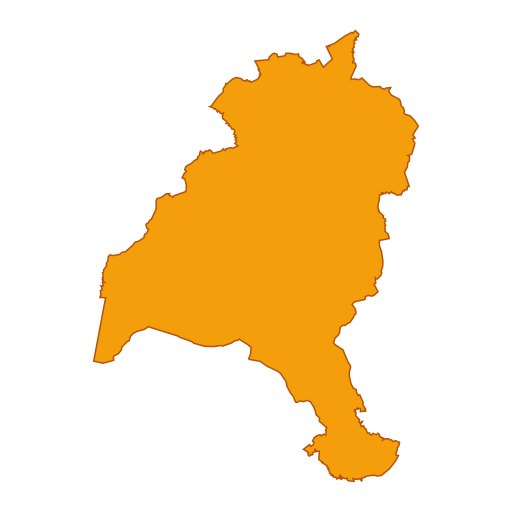 Atlapexco, Hidalgo, Mexico
{"feature_id": "50627088B28473489349448", "entity_name": "Atlapexco", "entity_type": "district", "adm_level": 2, "iso_a3": "MEX", "parent_name": "Mexico", "parent_adm1": "Hidalgo", "projection": "albers", "projection_center": [-98.36, 21.021], "detail": "fine", "context": "isolated", "style": "filled", "palette": "amber", "viewbox_px": 512, "rotation_deg": 0, "n_neighbors": 0, "source": "geoboundaries", "source_scale": "gbopen_adm2", "svg_char_len": 6029}
<svg xmlns="http://www.w3.org/2000/svg" viewBox="0 0 512 512"><path d="M385.8,88.1L384.4,89.4L380.9,87.7L380.3,86.6L372.5,86.8L369.1,85.1L362.0,78.0L359.1,79.7L354.5,78.9L351.1,79.5L351.2,77.2L356.1,66.2L355.6,63.7L354.2,62.5L352.8,62.8L352.6,61.4L354.0,60.5L353.8,58.2L353.0,57.4L353.0,53.6L353.5,52.7L351.9,52.3L353.3,52.1L352.2,51.6L353.4,50.7L352.5,48.7L354.2,47.2L353.5,45.1L354.9,43.3L353.7,41.3L354.8,39.6L355.3,40.3L356.6,39.8L355.7,37.5L358.2,36.6L358.8,34.2L355.4,30.7L353.0,33.0L351.9,32.3L345.2,35.8L334.3,43.5L328.5,45.7L329.1,46.4L326.3,46.4L332.3,58.9L323.3,67.2L319.1,59.9L317.0,60.7L317.3,61.2L315.8,62.8L308.3,65.6L307.8,64.6L305.5,64.6L304.9,62.5L302.5,63.6L302.0,62.5L304.4,61.4L302.1,58.5L299.0,56.6L298.5,53.9L295.7,54.5L290.2,53.3L285.9,53.3L285.0,55.8L277.7,57.0L276.9,54.1L274.3,53.3L272.8,53.7L269.1,57.3L268.6,59.7L255.0,61.0L259.2,69.3L258.3,69.4L260.8,74.4L259.6,74.5L260.1,75.3L259.1,76.5L259.3,77.3L257.1,79.5L250.9,82.4L249.7,80.9L248.7,81.4L247.0,79.8L246.4,79.9L245.7,81.3L242.1,79.9L241.4,78.7L235.9,77.5L232.5,79.1L226.5,84.1L225.7,83.6L225.4,85.6L223.3,88.6L223.1,91.9L222.5,92.8L218.6,96.1L211.2,106.1L209.8,106.6L212.1,107.4L214.3,109.0L215.3,108.5L217.5,111.9L218.4,110.9L220.5,113.3L221.8,113.7L223.3,113.1L222.3,116.4L222.7,118.6L226.2,121.2L226.7,122.3L226.1,123.5L228.6,123.5L229.2,124.6L228.4,125.6L230.4,126.4L232.0,129.3L233.6,129.0L234.9,131.2L233.7,134.2L235.8,135.4L234.6,136.9L236.7,137.9L235.1,139.6L236.7,141.2L234.8,143.4L238.0,145.9L232.9,148.3L230.7,147.6L225.6,149.0L225.5,150.3L223.5,149.8L223.2,148.9L221.0,151.1L212.8,153.3L211.0,150.6L209.3,149.9L208.0,151.3L206.1,150.8L204.6,151.5L204.7,152.4L204.2,152.2L203.2,153.8L201.9,151.9L200.5,151.1L199.6,153.3L199.7,155.1L197.6,157.0L197.7,158.8L194.3,160.6L191.5,163.4L187.6,165.3L185.5,167.2L184.7,169.8L186.5,171.0L183.9,174.1L182.1,177.9L184.9,179.2L186.2,184.3L186.4,188.5L185.7,191.6L173.8,195.8L172.9,197.2L169.0,195.0L169.6,193.6L166.1,193.8L162.1,197.0L156.8,198.8L156.1,200.8L156.2,207.9L155.4,210.7L151.4,219.2L149.8,220.3L147.9,223.3L146.8,223.5L145.9,224.7L146.8,228.2L148.6,229.4L146.4,233.4L144.7,234.4L143.8,237.7L139.1,240.9L134.8,242.3L132.6,245.4L125.1,252.0L122.6,252.0L119.6,254.4L112.6,255.6L110.2,254.8L108.2,256.7L107.9,260.8L106.2,263.7L106.6,265.8L103.6,269.8L103.5,272.4L102.5,272.8L103.3,277.2L102.3,277.7L103.2,279.7L102.4,279.9L104.2,282.1L103.0,281.7L102.3,282.2L103.3,285.8L100.8,285.9L101.7,287.2L102.0,290.1L100.4,290.7L100.6,293.5L101.1,294.0L99.9,297.5L105.6,297.7L93.7,361.2L103.1,363.2L113.8,360.3L113.4,356.9L114.1,355.9L118.0,354.0L119.9,351.9L121.2,350.2L122.1,346.7L127.8,341.2L129.0,341.0L130.6,336.1L133.2,333.5L137.1,331.3L144.5,329.4L148.2,326.7L177.8,336.0L179.5,337.2L192.0,341.7L193.7,343.2L204.5,346.3L214.1,346.6L220.9,345.5L222.5,346.1L231.8,342.9L234.6,340.8L238.0,340.3L239.0,339.1L247.6,344.5L251.1,347.4L250.5,354.2L248.6,358.7L249.4,359.4L260.2,361.3L267.4,366.4L277.4,371.1L280.3,373.2L286.0,381.4L287.0,386.4L290.3,392.8L293.0,396.0L295.7,402.2L296.9,402.4L300.3,400.9L303.3,401.7L307.1,400.4L310.4,401.7L313.7,407.0L315.4,411.2L316.1,414.8L319.5,417.8L319.3,421.2L326.8,427.8L325.5,430.3L326.1,431.2L325.8,435.0L323.5,434.1L321.5,435.9L320.1,434.7L316.7,435.9L314.2,437.8L312.5,441.0L314.0,442.8L313.1,445.0L310.5,446.3L309.6,444.5L303.4,449.3L308.4,452.6L307.9,453.2L308.4,455.5L309.4,456.1L310.7,454.5L311.6,455.1L312.9,454.4L312.5,452.9L313.9,451.9L315.3,451.8L314.9,449.3L315.7,449.5L316.3,451.5L319.4,451.2L318.8,459.5L322.8,462.5L322.2,462.8L327.0,465.7L326.9,466.9L328.3,467.8L328.5,469.3L328.0,469.3L329.3,471.2L329.6,473.3L332.1,474.7L331.4,475.3L333.3,475.8L332.9,476.5L333.5,477.0L336.9,477.9L336.8,478.9L338.4,478.4L340.2,475.1L341.2,476.6L340.1,478.7L341.5,479.4L342.5,477.4L344.5,478.6L347.2,478.4L347.0,479.4L348.1,480.7L354.1,481.3L353.1,478.6L357.4,479.5L359.6,478.5L361.5,480.9L362.0,480.2L361.7,477.9L364.0,477.6L367.0,476.0L373.8,475.2L377.3,476.0L381.2,475.5L389.5,468.8L395.6,460.9L398.4,455.5L396.3,455.3L396.0,453.1L397.4,449.2L397.3,447.8L398.6,446.3L399.6,442.4L395.5,440.7L393.3,441.6L391.5,439.8L390.8,440.1L388.1,438.7L384.6,438.9L382.6,440.1L383.3,438.2L379.6,436.6L379.5,434.6L377.9,433.2L376.3,434.7L372.9,433.4L372.0,434.7L370.8,435.2L369.4,432.9L368.1,433.4L366.6,431.4L366.2,429.3L364.1,427.7L364.2,426.6L363.0,425.7L361.2,426.4L360.4,424.5L362.5,421.4L361.5,421.5L360.4,423.1L359.0,422.3L359.5,419.8L355.5,415.5L356.1,413.6L355.5,411.3L354.6,411.6L354.4,410.0L355.0,410.2L357.4,408.1L357.4,409.2L359.9,408.3L360.5,408.5L360.4,411.6L365.7,411.1L364.8,409.4L365.5,409.0L362.8,404.6L363.2,402.5L359.7,394.7L358.3,395.4L356.6,392.6L356.2,389.5L353.3,388.1L351.1,384.1L349.3,375.9L349.2,372.8L350.6,367.2L350.4,365.8L348.0,362.0L342.9,349.8L334.8,344.5L333.6,342.9L334.9,338.4L338.4,334.9L339.6,332.4L340.2,327.3L342.5,325.5L345.6,325.2L348.2,323.0L349.9,322.6L353.4,317.4L354.3,314.9L355.8,314.0L356.0,312.0L355.2,308.8L352.0,304.3L354.3,301.9L365.0,299.4L365.4,296.6L368.0,295.5L371.9,296.1L374.3,295.1L378.0,291.7L374.1,284.2L375.7,283.3L375.4,278.2L376.0,279.1L377.4,278.9L380.7,275.6L381.7,272.9L381.1,271.0L382.7,266.6L382.9,261.0L381.5,251.7L379.3,245.2L379.4,240.5L389.2,238.6L388.3,234.4L385.1,231.4L385.0,225.9L385.7,225.3L384.5,223.0L385.1,220.9L385.8,220.8L385.4,219.5L385.1,218.7L383.5,218.3L383.1,216.6L383.5,215.9L378.5,211.2L379.0,211.0L377.8,206.2L379.3,199.7L379.6,195.1L383.6,193.9L381.8,193.6L381.6,192.8L382.9,193.5L383.4,192.7L385.4,193.7L386.7,192.0L389.2,193.7L391.1,191.7L392.4,193.0L393.2,192.5L394.3,193.7L397.2,195.1L401.2,194.8L401.1,193.9L401.7,193.7L403.0,190.7L404.6,190.9L404.8,189.6L407.1,189.7L407.4,186.4L409.3,186.6L404.5,172.3L407.4,166.9L407.9,162.3L409.4,161.1L409.5,156.5L407.9,155.4L410.7,154.8L411.8,153.7L414.4,145.7L414.8,143.0L412.6,138.9L415.1,138.1L412.9,134.8L418.3,126.1L414.6,120.5L410.2,115.9L404.7,114.1L404.0,112.9L404.4,111.1L403.3,107.7L401.2,105.8L400.3,101.1L399.4,99.3L391.4,95.2L388.6,91.0L390.7,87.6L385.8,88.1Z" fill="#f59e0b" stroke="#b45309" stroke-width="1.5"/></svg>